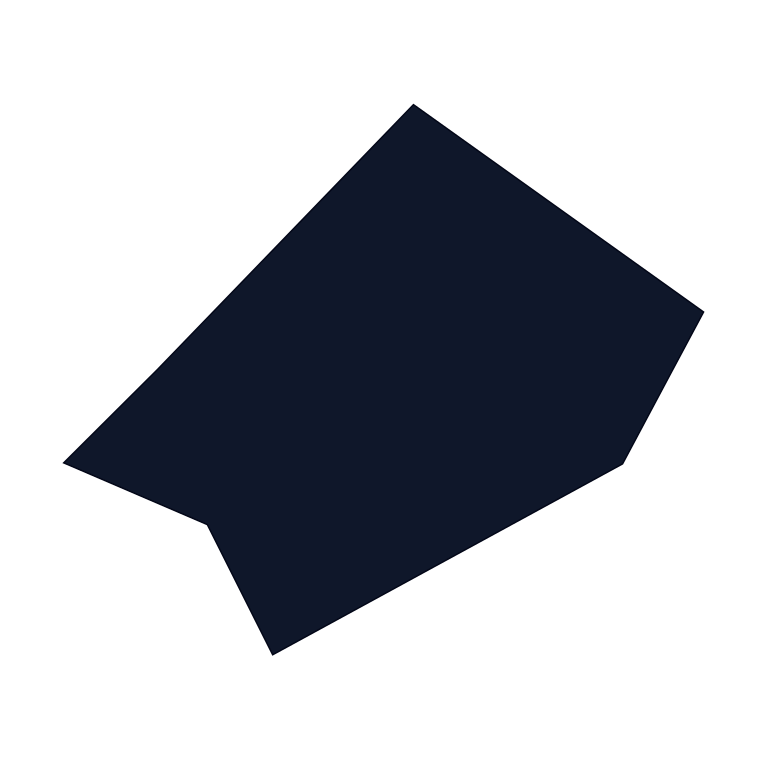 the state/province of Cascade, rotated 276°
{"feature_id": "SYC-5208", "entity_name": "Cascade", "entity_type": "state/province", "adm_level": 1, "iso_a3": "SYC", "parent_name": "Seychelles", "parent_adm1": "", "projection": "natural_earth1", "projection_center": [55.497, -4.666], "detail": "fine", "context": "isolated", "style": "filled", "palette": "ink", "viewbox_px": 768, "rotation_deg": 276, "n_neighbors": 0, "source": "natural_earth", "source_scale": "10m", "svg_char_len": 289}
<svg xmlns="http://www.w3.org/2000/svg" viewBox="0 0 768 768"><g transform="rotate(276 384 384)"><path d="M272.1,73.7L374.5,157.0L664.9,384.1L531.5,619.4L489.0,694.3L420.4,666.4L329.5,629.6L103.1,301.6L225.7,223.0L272.1,73.7Z" fill="#0f172a" stroke="#020617" stroke-width="1.5"/></g></svg>